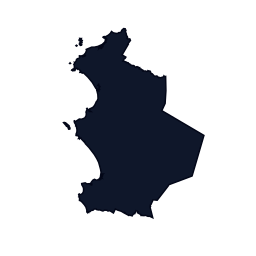 the district of Dorset, Tasmania, Australia, rotated 289°
{"feature_id": "25037944B7753328322432", "entity_name": "Dorset", "entity_type": "district", "adm_level": 2, "iso_a3": "AUS", "parent_name": "Australia", "parent_adm1": "Tasmania", "projection": "albers", "projection_center": [147.795, -41.048], "detail": "fine", "context": "isolated", "style": "filled", "palette": "ink", "viewbox_px": 256, "rotation_deg": 289, "n_neighbors": 0, "source": "geoboundaries", "source_scale": "gbopen_adm2", "svg_char_len": 5732}
<svg xmlns="http://www.w3.org/2000/svg" viewBox="0 0 256 256"><g transform="rotate(289 128 128)"><path d="M219.8,94.2L220.0,93.3L220.9,93.0L220.6,91.5L218.2,90.2L217.4,90.5L216.3,90.0L215.5,89.2L215.2,88.2L214.4,87.8L213.6,86.2L213.2,83.1L213.9,81.0L211.7,80.5L209.4,79.2L207.2,77.2L206.7,76.4L206.8,75.8L206.1,74.9L205.6,74.9L205.6,75.6L205.2,76.1L205.9,77.0L205.8,78.2L205.3,78.9L204.9,79.1L202.2,78.6L201.8,78.8L201.9,79.2L202.4,79.3L202.5,79.4L202.7,79.5L202.5,79.4L201.9,79.2L201.8,78.8L198.9,77.8L197.7,76.7L197.3,76.8L197.1,77.7L196.8,77.6L197.0,78.4L196.7,77.7L194.8,77.1L194.9,76.5L194.4,76.5L194.4,76.2L194.7,75.3L193.8,74.8L195.3,74.8L194.4,74.1L195.0,73.9L195.0,73.3L196.1,74.4L196.1,76.0L197.1,75.4L198.3,77.1L200.7,78.1L203.4,78.3L204.6,78.1L205.5,77.0L205.4,76.8L205.1,77.3L203.9,78.0L201.8,78.1L198.6,76.4L195.4,73.0L193.5,69.9L192.6,67.3L188.7,62.9L187.8,63.6L185.0,63.4L182.4,62.3L181.4,61.2L181.4,62.1L182.6,62.9L182.4,62.9L182.2,63.8L183.4,64.1L182.6,64.1L181.7,63.7L180.6,61.9L181.5,61.1L180.7,60.2L180.6,58.8L180.2,58.5L179.5,59.2L178.2,59.2L177.0,57.5L176.2,57.3L176.0,57.0L175.3,57.2L172.8,56.8L172.4,56.5L172.5,56.1L171.6,56.6L170.5,55.9L170.5,55.5L170.4,56.2L169.7,56.8L167.9,57.6L166.1,57.6L166.0,57.1L165.6,57.3L165.5,56.8L165.0,56.8L164.8,56.0L164.3,55.9L164.2,56.6L164.6,57.2L164.2,57.4L164.8,58.3L164.9,59.0L165.7,59.2L166.2,58.7L166.8,59.0L167.0,59.4L167.7,59.6L167.8,60.5L167.2,61.0L167.4,61.1L167.7,61.8L166.6,64.5L166.2,64.8L165.9,64.4L165.0,64.4L165.4,65.3L165.1,65.9L165.4,66.5L165.2,66.7L165.4,67.1L165.2,67.3L165.7,67.9L163.1,73.5L159.5,79.4L155.1,84.6L155.2,85.4L154.5,86.5L154.7,87.9L155.1,88.2L155.9,87.6L156.8,87.4L157.9,87.8L158.5,86.0L159.3,85.9L159.2,85.8L159.6,85.9L159.2,86.4L158.5,86.1L158.5,86.4L158.8,86.3L158.4,86.5L158.1,87.9L156.0,87.8L155.1,88.7L153.6,88.2L152.8,89.1L153.9,86.9L153.7,86.3L154.2,86.3L154.3,85.7L149.8,88.6L146.0,90.1L143.7,90.0L142.7,89.5L139.4,89.2L136.4,88.4L135.6,87.8L135.0,86.9L132.3,85.0L131.5,85.6L131.7,85.8L131.4,86.4L131.7,86.9L131.5,87.5L131.2,86.4L131.5,85.8L131.2,85.7L131.4,85.3L132.2,84.9L132.4,84.5L132.6,84.8L132.4,83.2L129.3,83.1L129.1,83.5L126.2,84.4L123.5,83.9L121.3,81.5L121.0,80.3L120.3,79.5L120.6,79.0L117.0,76.3L117.4,75.0L117.1,74.8L115.6,75.7L113.9,77.8L112.9,77.8L112.6,78.7L109.6,80.4L107.4,81.0L105.5,80.9L104.0,81.3L104.0,81.7L104.7,82.0L104.5,82.6L104.7,83.0L104.0,83.6L104.1,84.4L103.8,84.8L102.0,84.6L102.3,85.2L102.0,85.6L102.8,85.7L103.3,86.5L102.9,86.6L100.6,91.0L101.9,91.5L100.8,91.3L99.3,92.8L96.9,97.4L92.0,104.8L88.9,108.5L85.9,111.5L80.2,115.4L77.3,117.0L72.3,117.9L69.6,117.0L70.9,117.7L71.0,118.6L73.3,119.0L73.8,118.6L74.5,119.4L74.9,119.1L75.3,119.2L75.2,118.7L75.3,118.5L75.5,118.6L76.1,119.0L75.8,118.4L76.2,118.7L76.1,119.0L75.3,118.6L75.4,119.2L75.0,119.1L74.6,119.5L74.2,119.4L73.9,118.8L73.4,119.4L72.4,119.2L72.2,119.5L72.2,119.2L70.9,119.0L70.5,118.4L69.9,118.3L69.5,117.4L69.6,116.6L68.7,115.9L68.4,115.1L68.6,113.0L67.3,111.8L64.4,110.8L62.4,111.1L62.5,112.0L63.4,112.4L62.3,112.3L62.2,111.0L62.8,111.0L63.0,110.6L63.2,110.9L63.2,110.6L61.8,107.3L62.2,105.4L60.4,102.3L59.2,102.9L57.8,104.6L56.1,105.8L53.4,106.6L51.3,106.3L49.9,105.3L49.3,104.2L49.8,103.5L49.3,103.0L48.9,103.0L47.6,104.2L46.9,103.9L46.8,104.4L45.7,105.1L43.7,105.7L43.8,106.6L43.1,108.5L41.2,111.8L39.5,114.0L37.0,115.8L35.2,116.4L35.1,116.6L35.7,116.3L36.2,116.5L35.9,116.5L36.0,117.0L35.3,117.6L35.3,118.4L36.2,118.4L36.8,119.5L37.9,119.9L38.9,121.7L40.6,122.6L40.8,123.7L41.1,123.9L41.1,124.3L40.8,124.4L40.6,125.1L41.0,127.2L41.4,127.7L41.3,130.9L41.5,131.5L42.7,132.6L43.3,134.8L43.0,136.1L43.9,137.7L42.9,141.9L47.3,142.4L47.0,144.9L47.1,148.7L46.4,152.1L47.1,152.2L47.0,152.9L46.3,152.8L45.6,157.1L46.1,157.1L46.3,160.6L47.9,160.8L48.8,161.7L49.6,161.8L49.5,162.3L52.5,162.5L52.2,164.7L51.0,164.5L50.2,169.0L49.6,168.9L50.4,171.8L51.1,172.7L51.0,175.7L51.6,177.3L51.2,180.6L60.2,174.7L61.0,174.8L61.0,174.5L62.5,174.2L63.0,174.6L68.3,175.1L69.2,179.1L86.1,184.8L87.7,185.1L103.5,204.2L145.7,202.2L155.4,154.3L163.3,155.1L175.6,151.7L189.0,146.8L188.5,146.0L189.0,145.0L188.5,145.0L186.8,143.9L186.8,143.3L186.0,142.3L186.0,140.8L185.6,140.5L186.6,138.4L185.5,136.3L187.1,133.3L186.9,132.9L187.1,132.9L187.1,131.8L188.1,131.3L189.0,130.2L188.7,129.4L188.7,128.2L188.2,128.3L187.5,127.3L187.6,126.0L186.7,124.0L187.1,124.0L187.1,123.5L187.5,123.3L187.7,121.6L188.0,121.3L187.7,119.6L188.3,119.8L188.9,119.4L188.5,118.6L188.6,117.7L189.0,117.5L188.7,116.8L188.9,116.5L188.5,115.9L187.9,115.7L187.7,115.2L188.8,113.6L188.8,112.3L188.4,112.0L188.3,111.4L188.5,110.9L188.5,109.7L189.1,108.9L189.0,107.7L189.7,107.1L189.5,106.0L189.7,105.5L189.2,105.1L189.8,104.5L189.7,102.8L190.3,101.9L190.0,101.5L192.0,101.8L192.9,102.6L194.3,102.9L195.2,98.6L207.2,101.0L207.3,100.4L211.6,101.8L212.8,100.8L212.6,99.7L212.1,99.3L212.1,98.4L212.4,97.8L213.6,98.1L214.6,97.2L214.8,96.4L216.2,95.9L218.7,93.9L219.3,94.3L219.8,94.2ZM112.1,65.3L110.4,68.2L110.4,68.7L109.6,69.2L109.5,70.7L107.6,72.2L108.0,72.7L107.9,73.1L108.3,73.4L109.5,72.8L110.2,71.7L110.9,71.6L112.6,67.3L112.5,65.8L112.1,65.3ZM190.6,56.1L191.2,57.1L191.6,57.1L191.5,56.7L192.6,55.9L193.3,56.2L193.7,56.8L194.8,56.1L195.4,56.2L195.2,55.6L195.5,55.7L195.3,55.2L195.7,54.8L196.6,55.1L197.3,54.9L196.9,54.5L197.2,54.1L197.0,53.2L196.5,53.5L195.8,53.1L195.5,53.6L194.8,53.4L194.8,54.2L193.9,54.9L193.0,54.9L192.5,54.5L191.3,54.8L190.6,56.1ZM189.5,52.3L188.9,52.0L188.7,52.8L189.3,53.0L189.5,52.3ZM170.0,52.2L170.3,52.6L170.7,52.0L170.0,51.8L170.0,52.2ZM132.7,83.2L133.2,83.1L133.3,82.9L132.9,82.7L132.7,83.2ZM132.9,85.1L134.0,85.9L134.3,86.1L134.0,85.8L132.9,85.1ZM136.8,88.3L136.3,88.1L135.9,87.9L136.5,88.3L136.8,88.3Z" fill="#0f172a" stroke="#020617" stroke-width="1.5"/></g></svg>